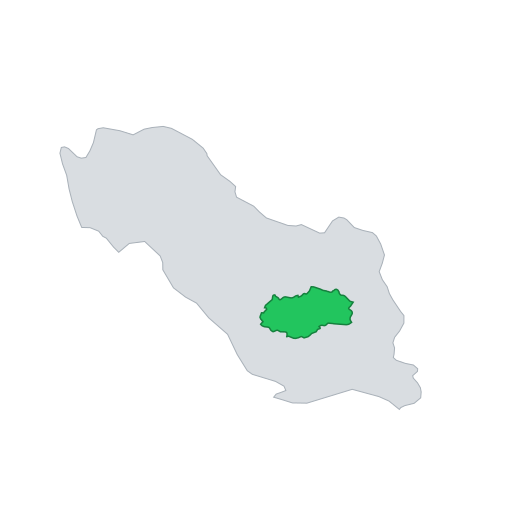 Berat highlighted on a map of Albania, rotated 312°
{"feature_id": "ALB-1523", "entity_name": "Berat", "entity_type": "County", "adm_level": 1, "iso_a3": "ALB", "parent_name": "Albania", "parent_adm1": "", "projection": "albers", "projection_center": [20.072, 40.618], "detail": "fine", "context": "in_parent", "style": "filled", "palette": "green", "viewbox_px": 512, "rotation_deg": 312, "n_neighbors": 0, "source": "natural_earth", "source_scale": "10m", "svg_char_len": 3728}
<svg xmlns="http://www.w3.org/2000/svg" viewBox="0 0 512 512"><g transform="rotate(312 256 256)"><path d="M166.9,151.5L167.3,144.2L169.1,132.8L168.1,129.0L169.2,122.5L166.0,113.7L160.6,107.4L165.9,96.3L173.6,82.9L180.7,72.3L189.3,61.3L195.0,50.6L201.2,41.5L206.4,38.7L209.0,40.7L210.4,44.7L210.0,56.6L211.8,60.7L215.4,63.7L223.0,62.2L231.5,59.3L243.0,53.0L244.9,53.4L249.1,56.7L258.0,71.0L263.8,83.6L275.4,88.0L281.9,92.8L290.2,100.3L294.3,107.8L300.1,130.7L300.8,144.6L299.2,151.0L297.8,152.6L292.7,175.3L294.0,186.8L294.0,194.4L289.6,197.4L286.7,202.2L291.5,221.0L291.0,229.0L291.2,238.2L300.0,259.2L305.1,265.7L309.7,268.7L315.6,288.0L319.1,291.4L333.3,289.4L340.3,291.5L343.1,296.0L343.7,299.2L342.9,310.0L346.5,318.3L351.3,326.9L351.4,332.1L348.3,340.7L342.7,350.8L335.1,354.7L326.8,358.0L322.9,365.8L320.9,374.1L317.3,380.3L315.0,387.0L311.5,400.8L310.7,405.8L305.1,410.8L296.3,412.9L288.4,413.4L283.1,415.8L280.4,420.5L275.4,424.3L272.4,426.0L272.4,430.1L276.1,438.8L280.3,445.9L280.4,451.6L278.3,453.2L271.9,452.5L270.5,454.6L269.8,460.9L268.1,466.3L265.5,469.7L260.8,473.3L252.4,472.1L244.4,466.7L240.2,465.0L237.9,465.2L237.2,451.9L233.8,441.5L221.3,416.7L180.7,392.3L171.2,381.4L167.0,372.2L162.9,363.6L166.9,363.4L170.9,365.6L176.0,368.2L178.0,363.9L175.9,354.5L165.6,332.4L164.9,326.3L170.2,308.0L178.8,287.3L178.4,262.3L181.2,243.4L178.3,231.1L177.1,216.0L183.4,196.0L188.7,191.1L191.9,184.8L192.3,163.5L180.5,153.4L166.9,151.5Z" fill="#d9dde1" stroke="#a8b0b8" stroke-width="1"/><path d="M238.1,295.1L239.0,295.4L239.3,295.6L239.7,296.2L239.3,297.2L239.2,297.6L239.3,298.1L239.6,299.5L239.7,300.2L239.7,300.8L239.3,302.2L239.3,302.8L239.8,303.3L241.3,303.7L243.1,303.9L244.4,304.4L245.4,305.3L248.1,309.8L249.0,310.8L250.3,311.5L252.8,312.2L254.0,312.9L254.8,313.5L253.8,315.1L256.3,316.3L257.3,316.5L258.9,316.5L259.9,316.7L260.7,317.3L261.1,318.4L261.4,318.8L262.3,319.1L265.8,319.1L270.1,317.6L271.4,319.2L272.0,320.3L274.4,325.9L275.3,328.8L277.1,331.7L277.4,332.7L278.0,333.6L278.5,335.1L279.4,336.1L279.9,336.5L280.6,336.5L281.1,336.5L281.6,336.5L282.1,336.8L282.5,337.0L283.8,337.1L284.4,337.4L285.1,338.1L285.2,338.4L285.2,338.9L285.4,339.3L285.4,339.8L284.8,341.8L284.2,342.5L284.0,342.9L283.7,344.1L283.7,344.7L283.8,345.3L284.0,345.8L285.0,346.9L285.5,348.0L285.7,349.4L285.3,355.2L285.3,356.2L286.7,359.1L281.9,359.8L279.9,359.6L278.9,360.1L278.8,361.1L279.0,362.4L279.1,363.6L278.7,365.0L277.8,365.9L276.8,366.3L273.6,367.0L272.2,367.9L271.7,368.4L271.5,368.8L271.5,369.1L271.1,369.7L270.7,371.4L270.0,371.3L267.6,370.7L266.6,370.1L265.3,369.0L257.6,359.0L257.3,358.4L254.7,354.9L254.2,354.4L253.4,354.3L251.6,354.2L250.5,353.8L249.8,353.2L249.0,351.8L248.0,350.7L245.8,350.0L245.6,350.8L245.6,351.2L245.5,351.7L245.3,352.0L244.9,352.1L244.3,351.8L243.2,351.1L242.4,350.9L240.0,351.4L235.7,349.2L233.2,349.1L230.9,348.7L227.3,346.5L226.7,343.9L226.3,343.5L225.3,342.9L223.8,342.3L221.2,340.5L220.0,338.9L218.4,334.4L217.8,333.5L217.3,333.1L216.7,333.0L216.6,332.8L216.8,332.6L217.6,332.3L218.4,331.6L219.4,330.7L219.6,329.4L219.0,328.3L216.0,324.8L215.3,321.7L214.8,321.2L213.8,320.6L212.9,320.3L211.5,319.6L211.0,319.0L210.9,318.2L210.8,317.2L210.8,316.6L210.9,316.2L211.4,314.8L211.6,313.4L211.1,312.4L209.1,309.6L208.6,308.4L208.3,307.3L208.2,306.6L208.4,305.1L211.0,305.1L211.5,305.2L212.0,305.0L212.0,304.5L212.0,304.0L212.0,303.5L212.4,302.8L212.3,302.5L212.3,302.1L212.3,301.7L212.8,300.8L213.1,300.0L213.6,299.7L214.4,299.3L216.1,298.7L217.3,298.1L217.5,298.1L217.8,298.4L218.3,299.1L218.8,299.8L220.0,299.5L223.5,299.6L223.8,299.2L224.1,298.6L224.0,298.0L223.8,297.7L223.3,297.0L225.7,296.1L234.5,297.2L237.2,295.4L238.1,295.1Z" fill="#22c55e" stroke="#15803d" stroke-width="1.5"/></g></svg>